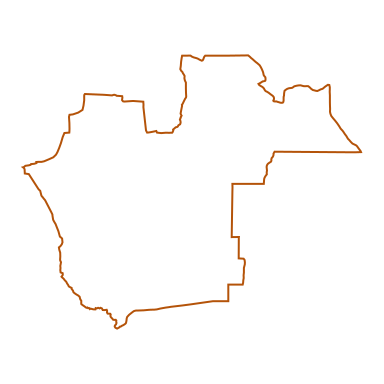 Treang, Takêv, Cambodia (Mercator projection)
{"feature_id": "14789045B64200778269013", "entity_name": "Treang", "entity_type": "district", "adm_level": 2, "iso_a3": "KHM", "parent_name": "Cambodia", "parent_adm1": "Takêv", "projection": "mercator", "projection_center": [104.808, 10.878], "detail": "fine", "context": "isolated", "style": "outline", "palette": "amber", "viewbox_px": 384, "rotation_deg": 0, "n_neighbors": 0, "source": "geoboundaries", "source_scale": "gbopen_adm2", "svg_char_len": 5453}
<svg xmlns="http://www.w3.org/2000/svg" viewBox="0 0 384 384"><path d="M85.9,307.5L86.5,307.8L87.4,307.5L87.9,308.1L89.0,308.0L89.8,309.1L90.6,308.6L91.6,308.9L93.2,309.3L94.2,309.4L95.4,309.4L95.7,308.1L96.8,308.4L98.1,307.8L99.6,308.4L100.5,307.8L101.9,308.4L102.7,310.0L104.5,310.1L106.7,309.8L107.1,310.8L107.0,312.5L107.6,313.6L108.3,313.7L109.3,313.7L110.3,313.8L110.7,314.7L110.4,315.8L110.6,316.7L111.3,317.6L112.2,318.5L113.1,319.7L114.4,319.9L115.7,319.8L116.3,320.5L116.2,321.9L116.5,322.9L116.0,324.4L114.9,325.5L114.7,326.6L115.4,327.7L116.5,328.3L117.1,328.6L118.2,328.0L119.3,327.4L119.8,326.7L120.7,326.6L121.8,325.8L122.6,325.5L124.0,324.7L124.9,324.1L125.8,323.3L126.2,322.1L126.5,320.4L126.7,318.4L127.2,316.9L129.1,314.8L132.5,312.1L133.9,311.1L135.6,310.6L136.9,310.5L138.6,310.5L141.5,310.4L143.9,310.3L149.2,309.8L151.9,309.7L153.9,309.7L154.8,309.6L156.8,309.4L158.9,308.9L160.1,308.6L161.7,308.3L163.4,308.0L165.6,307.6L168.6,307.2L171.0,306.8L182.1,305.5L190.5,304.4L212.9,301.2L228.3,301.2L228.3,284.6L242.7,284.6L243.1,282.9L243.3,280.3L243.7,278.1L243.6,275.2L243.9,272.6L243.9,270.3L243.9,267.9L244.8,264.4L244.9,262.3L244.6,260.0L243.6,258.7L238.7,258.4L238.8,237.8L238.9,237.0L231.7,237.1L232.4,191.4L232.5,187.4L232.4,183.9L248.3,183.9L252.0,183.9L256.2,183.9L260.6,183.9L263.8,183.9L263.9,182.6L264.0,181.2L264.1,179.7L264.2,178.8L264.5,177.9L265.0,176.9L265.8,175.6L266.8,174.4L266.7,172.7L266.8,171.5L267.0,170.8L266.9,169.8L266.7,167.8L266.6,167.0L266.9,165.4L267.4,164.5L267.9,163.8L268.6,163.3L269.5,162.6L270.6,162.0L271.1,161.5L271.4,160.6L271.3,159.6L271.6,158.2L272.8,156.8L273.3,155.7L273.5,155.0L273.5,153.7L274.0,152.7L274.6,151.7L354.0,152.3L358.0,152.2L361.0,152.1L360.6,151.1L359.4,149.5L358.3,148.0L357.1,146.3L356.2,145.4L354.4,144.5L352.5,143.6L350.9,142.0L349.2,140.0L347.9,138.7L346.4,136.1L344.8,134.0L343.3,131.7L342.3,130.4L341.7,129.8L340.6,128.6L339.3,126.4L337.2,123.3L335.0,120.5L333.2,118.4L331.3,116.0L330.4,113.7L330.0,111.8L330.1,108.8L330.0,106.4L329.9,102.5L329.9,98.6L329.9,95.3L329.7,91.8L329.8,89.2L329.8,87.2L329.3,85.0L327.9,84.8L325.2,86.6L322.6,88.8L320.6,89.4L318.9,90.3L317.3,91.0L315.9,90.8L314.1,90.3L312.8,90.0L311.0,88.7L310.1,87.7L308.3,86.2L307.0,86.1L305.5,86.2L303.9,86.2L302.3,85.8L300.6,85.3L298.6,85.4L296.7,85.7L294.3,86.3L293.0,87.3L292.2,87.8L291.1,88.0L290.0,88.1L289.1,88.2L287.3,88.8L285.9,89.7L284.6,90.7L284.3,92.1L284.1,93.5L284.0,95.7L283.7,96.5L283.6,97.8L283.6,99.4L283.6,100.6L283.3,102.0L282.7,102.7L281.6,102.8L280.3,102.7L279.2,102.3L277.7,101.9L276.3,101.4L275.0,101.5L273.6,101.2L273.3,100.6L273.9,99.4L274.0,98.4L273.8,97.2L272.9,96.0L272.0,95.3L270.6,94.3L268.7,92.8L267.1,91.8L265.6,91.1L264.6,89.8L263.9,88.4L262.5,87.0L260.9,86.1L259.2,85.0L258.5,83.9L259.5,83.4L261.0,82.5L262.7,81.4L263.6,81.3L265.2,80.8L265.5,80.0L265.5,78.1L265.3,77.2L264.2,75.9L263.7,75.1L263.5,74.2L263.1,72.3L262.5,70.7L261.8,69.1L261.2,67.9L260.5,66.6L259.6,65.2L258.1,63.9L257.2,63.1L256.1,62.3L254.7,61.1L253.6,60.1L252.5,59.1L251.1,58.0L249.9,56.8L248.2,55.4L224.7,55.7L205.2,55.7L204.3,56.7L203.7,58.1L203.3,59.3L202.7,60.3L201.8,60.7L199.8,59.8L197.7,58.6L196.3,58.1L194.8,57.7L193.4,57.3L192.4,56.8L191.6,56.5L191.1,56.0L190.5,55.6L182.1,55.7L181.6,58.4L181.1,61.8L180.8,65.8L180.5,67.9L180.3,69.1L181.1,70.7L182.4,72.0L183.0,73.4L183.8,74.5L184.6,76.0L184.4,78.3L184.9,80.5L185.9,82.6L185.9,88.6L186.0,92.8L186.2,96.5L186.0,97.5L185.1,98.8L184.3,100.4L183.7,101.6L183.2,102.7L182.6,103.9L181.9,104.8L182.1,105.9L181.8,107.2L181.3,109.7L180.8,112.4L180.6,113.7L181.2,115.0L181.6,115.7L180.9,116.7L180.8,117.7L180.3,118.2L180.2,119.1L179.9,119.7L180.5,121.1L180.6,122.8L180.1,124.3L179.2,124.8L178.4,125.3L177.8,126.5L177.1,127.0L175.7,127.3L174.9,128.0L173.9,128.9L173.1,129.5L173.3,130.5L172.9,131.4L172.7,132.0L172.2,132.7L168.8,132.8L165.9,132.7L161.3,133.1L158.6,132.8L157.0,132.6L156.3,131.0L152.5,131.8L150.4,132.2L148.5,132.5L147.1,132.6L146.0,130.4L143.6,109.0L143.4,107.1L143.5,104.8L143.4,103.2L143.3,101.7L133.5,101.0L132.6,101.0L125.2,101.5L123.9,101.5L123.0,101.3L122.1,100.2L122.1,99.4L122.4,97.7L122.2,96.2L121.2,96.1L118.4,95.9L116.7,95.8L116.2,95.4L114.6,94.8L113.4,94.9L112.1,95.4L110.6,95.3L109.5,95.2L103.9,94.8L84.9,94.0L84.3,94.9L84.2,95.8L84.2,100.3L83.5,105.6L82.5,109.9L78.2,112.6L72.9,114.4L69.5,114.8L69.0,116.9L69.4,123.1L69.5,128.8L69.4,131.6L69.3,132.6L64.4,133.0L62.7,137.1L60.9,143.2L59.2,147.9L57.4,152.2L56.0,154.7L53.3,157.3L49.1,159.2L44.1,161.3L41.4,161.9L37.8,161.9L36.3,162.0L36.4,163.1L34.1,163.8L31.0,164.1L30.6,164.8L28.9,165.3L25.4,165.8L23.8,167.1L23.0,167.3L24.0,168.1L24.6,169.3L24.8,173.5L28.8,174.1L38.4,189.0L39.2,189.9L40.2,190.8L41.4,195.6L42.1,196.6L42.8,197.3L43.4,198.2L45.1,200.2L51.2,212.0L52.4,214.5L52.5,215.8L53.1,219.5L53.4,220.3L54.4,222.1L55.6,224.1L56.8,227.2L58.4,231.2L59.9,236.6L61.5,237.9L62.1,238.6L62.5,242.3L61.8,244.3L60.3,246.3L58.9,247.4L59.3,249.8L60.2,252.7L60.3,256.3L60.2,258.3L60.1,259.2L60.2,260.5L61.0,262.2L60.6,264.4L60.3,265.9L60.5,268.0L60.3,270.1L60.6,272.4L61.8,272.9L62.6,273.1L62.8,274.2L62.6,275.3L61.5,276.7L61.9,277.2L63.7,278.8L64.7,280.2L66.2,281.7L67.1,283.5L68.1,284.9L68.8,286.4L70.3,287.3L71.6,287.9L71.7,289.0L72.4,289.9L73.0,290.7L73.4,292.1L74.3,293.0L75.7,294.0L76.6,294.6L77.9,295.3L79.6,296.7L79.9,297.9L80.1,298.6L80.4,299.6L81.2,300.5L81.3,301.9L81.2,303.1L81.4,304.2L82.9,305.3L84.5,306.4L85.9,307.5Z" fill="none" stroke="#b45309" stroke-width="2"/></svg>